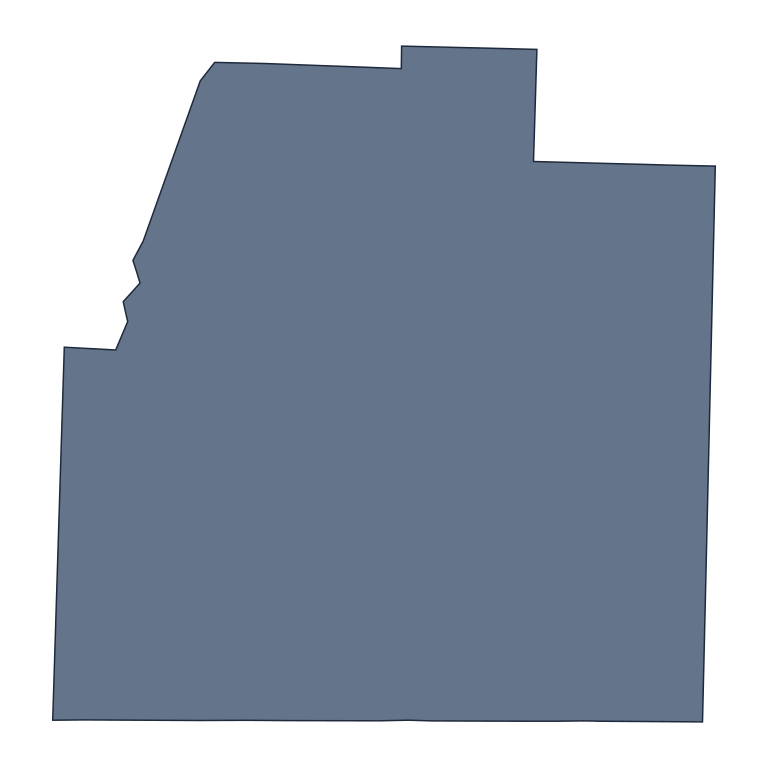 outline of Columbia, Arkansas, United States of America
{"feature_id": "52423323B4555775587710", "entity_name": "Columbia", "entity_type": "district", "adm_level": 2, "iso_a3": "USA", "parent_name": "United States of America", "parent_adm1": "Arkansas", "projection": "robinson", "projection_center": [-93.258, 33.236], "detail": "fine", "context": "isolated", "style": "filled", "palette": "slate", "viewbox_px": 768, "rotation_deg": 0, "n_neighbors": 0, "source": "geoboundaries", "source_scale": "gbopen_adm2", "svg_char_len": 566}
<svg xmlns="http://www.w3.org/2000/svg" viewBox="0 0 768 768"><path d="M715.3,166.1L669.4,165.1L533.5,161.5L536.9,49.4L401.6,46.1L401.3,68.6L264.9,63.5L214.7,62.4L200.3,80.8L143.2,241.1L132.9,260.4L136.6,271.7L140.0,283.1L123.2,301.7L127.7,321.6L115.7,350.0L64.3,347.2L52.7,720.2L54.0,720.2L83.0,719.9L199.5,720.5L247.1,720.3L288.5,720.6L288.8,720.6L378.9,720.8L408.6,720.2L432.3,720.9L488.0,721.1L532.9,721.2L556.5,721.2L557.1,721.2L582.5,720.9L593.2,721.0L596.4,721.2L702.5,721.9L705.4,597.8L715.3,166.1Z" fill="#64748b" stroke="#1e293b" stroke-width="1.5"/></svg>